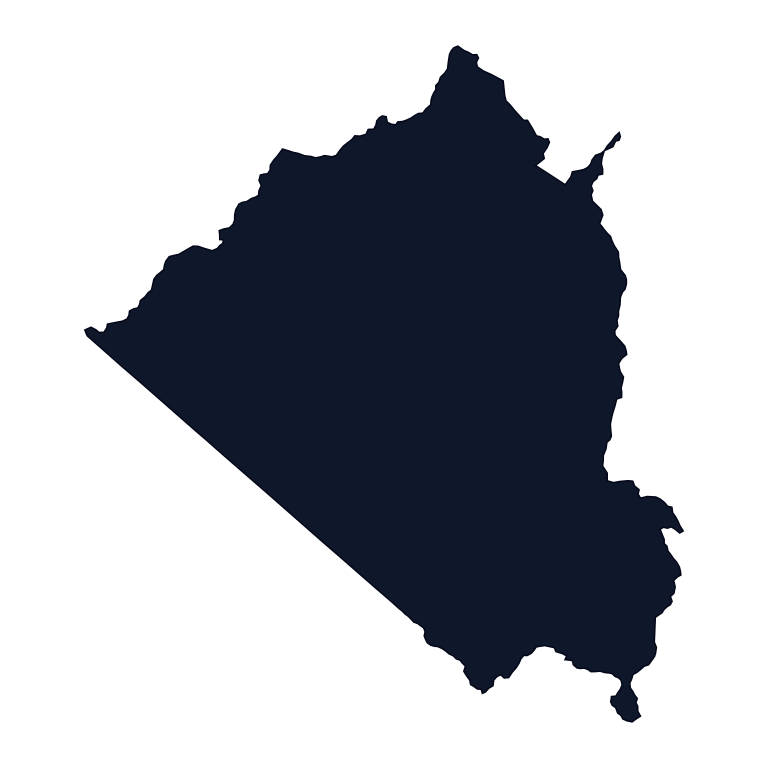 Aceguá, Rio Grande do Sul, Brazil (orthographic projection)
{"feature_id": "56859067B24209347945179", "entity_name": "Aceguá", "entity_type": "district", "adm_level": 2, "iso_a3": "BRA", "parent_name": "Brazil", "parent_adm1": "Rio Grande do Sul", "projection": "orthographic", "projection_center": [-54.091, -31.693], "detail": "fine", "context": "isolated", "style": "filled", "palette": "ink", "viewbox_px": 768, "rotation_deg": 0, "n_neighbors": 0, "source": "geoboundaries", "source_scale": "gbopen_adm2", "svg_char_len": 5034}
<svg xmlns="http://www.w3.org/2000/svg" viewBox="0 0 768 768"><path d="M604.3,150.7L601.1,153.3L595.5,155.3L592.1,159.9L590.7,164.0L587.5,167.6L583.5,169.6L579.1,170.6L572.4,171.8L570.8,177.0L567.7,181.2L565.2,184.7L535.5,165.4L539.7,162.2L544.3,158.5L543.1,153.5L547.0,147.8L549.4,142.3L548.0,138.8L544.3,139.2L540.4,136.8L536.4,135.8L533.2,129.7L527.5,120.3L523.6,120.3L521.0,117.5L518.3,114.5L515.1,111.0L510.2,105.0L506.0,100.8L504.7,95.4L503.2,80.9L491.1,74.4L483.6,71.1L477.3,66.8L476.4,62.1L478.5,58.1L476.8,54.6L472.5,54.8L468.2,52.2L464.4,50.7L461.3,48.6L457.9,46.1L453.9,47.7L451.4,50.5L449.5,54.4L448.8,58.8L448.2,63.0L447.6,68.8L444.7,73.1L440.4,77.3L438.9,82.3L435.8,85.5L435.8,89.7L433.8,92.8L432.0,96.8L431.0,100.4L430.8,104.7L425.7,109.1L422.9,113.1L418.3,113.5L415.1,115.3L410.7,118.2L406.8,120.0L402.5,121.5L397.8,121.9L395.7,124.9L391.1,124.1L387.3,122.3L386.2,116.7L382.3,115.9L379.4,117.7L376.8,120.8L375.9,125.2L373.7,129.2L368.2,129.4L366.0,134.3L360.0,136.1L354.8,135.8L352.0,139.4L348.0,142.5L343.6,145.9L339.7,150.5L336.4,155.4L331.8,156.8L328.1,156.1L324.2,155.6L321.0,156.8L315.5,157.8L310.7,156.4L304.6,155.8L298.2,153.4L293.3,152.4L289.1,151.0L282.5,149.0L279.9,152.6L277.1,156.3L273.7,160.1L270.3,165.3L270.1,170.2L267.4,173.8L263.4,174.2L260.3,175.1L259.0,180.4L261.3,185.6L259.0,190.6L258.6,195.3L255.1,197.3L251.8,198.3L246.4,201.7L242.4,202.3L239.0,204.0L235.8,209.6L234.7,214.7L234.6,220.1L233.0,224.3L229.3,227.9L224.0,228.9L219.2,230.6L219.7,235.2L219.7,239.6L223.3,239.8L222.8,243.4L219.8,245.5L217.3,248.5L212.2,250.7L204.6,248.5L198.1,246.3L193.1,246.1L188.4,248.8L183.5,251.6L178.9,254.3L174.9,255.2L169.2,256.6L165.8,261.2L164.4,265.3L163.8,269.5L159.6,273.1L156.9,275.2L153.9,279.2L152.7,284.6L151.5,290.1L148.3,292.5L144.9,296.9L140.4,300.5L139.6,304.5L137.7,308.0L133.7,308.8L129.5,311.0L129.0,315.2L127.1,318.9L122.5,321.2L117.9,322.0L112.4,323.1L107.4,324.1L106.8,327.8L103.9,332.3L98.9,332.4L96.1,329.9L91.0,327.2L84.8,330.0L87.1,335.7L120.6,365.3L141.7,383.5L162.1,401.4L169.1,407.6L196.8,431.9L205.5,439.3L215.4,448.1L233.7,464.1L268.6,494.4L302.2,523.9L323.2,542.4L342.2,558.8L358.3,572.9L375.0,587.5L390.9,601.2L399.2,608.7L402.2,611.0L405.2,614.1L408.4,616.4L411.0,619.1L413.8,622.1L417.7,623.5L420.3,625.5L423.7,627.9L425.1,631.8L424.2,635.8L425.6,639.5L427.3,642.8L430.7,645.2L434.2,646.2L437.9,646.6L441.8,648.4L445.5,650.8L449.0,653.8L453.2,655.8L456.3,658.9L460.0,660.1L462.4,663.2L465.4,666.1L463.8,671.3L466.6,675.9L469.8,680.2L470.6,684.6L473.7,686.3L477.3,689.0L481.1,689.2L482.4,693.4L485.3,692.1L489.1,688.0L493.0,685.8L493.7,680.2L496.9,676.6L500.9,674.8L504.1,678.0L508.7,677.6L512.2,672.3L516.2,667.7L519.0,663.3L521.0,658.6L523.9,655.4L527.3,655.5L531.4,653.2L533.9,650.4L536.2,647.0L539.2,646.4L544.8,645.6L550.4,646.8L554.3,647.7L555.9,651.6L562.4,653.6L566.7,655.9L565.0,659.7L569.1,660.1L572.5,660.7L573.3,664.8L577.1,668.0L580.5,668.5L583.9,668.1L587.7,669.4L591.0,671.7L595.2,671.6L600.1,671.2L605.1,672.6L608.5,672.9L612.1,673.6L615.0,676.4L618.5,677.8L621.0,680.1L622.1,684.9L620.3,689.3L617.7,692.9L615.9,696.1L611.5,696.5L610.7,701.9L612.2,705.2L615.7,707.7L617.7,713.1L620.8,715.2L622.9,719.0L626.9,720.8L632.1,721.9L637.2,718.2L640.5,716.2L637.8,711.2L637.7,706.2L635.9,702.7L637.3,698.5L634.5,694.9L632.6,691.1L630.4,688.1L629.8,683.2L631.6,679.1L632.9,674.6L637.0,672.3L640.4,669.6L644.2,666.2L648.6,664.8L651.9,660.2L654.5,656.5L655.6,653.1L656.4,647.3L654.3,642.1L654.8,630.5L655.1,623.0L655.3,617.4L658.7,615.0L662.0,612.8L663.9,609.7L666.7,607.0L670.3,604.7L672.1,601.3L670.4,596.6L673.9,593.3L675.2,587.0L673.7,580.4L677.6,576.8L680.9,575.0L680.4,571.1L679.4,567.0L676.6,562.1L673.3,558.3L671.0,554.9L667.9,550.9L667.0,546.3L664.2,543.5L664.2,539.4L662.3,534.8L660.1,529.3L663.5,527.3L667.4,528.2L671.4,526.9L675.4,529.5L679.7,533.0L683.2,531.0L679.9,525.7L678.0,521.3L675.5,516.7L672.7,512.8L671.9,507.2L667.5,506.2L665.0,503.0L660.1,499.0L655.8,497.0L647.2,496.5L640.5,498.1L638.1,494.1L639.1,489.7L634.5,485.9L632.8,481.2L628.2,480.7L620.3,481.4L613.5,482.6L607.3,480.8L607.2,473.0L602.6,466.0L603.3,460.1L603.3,455.6L606.0,448.8L606.9,442.4L609.8,439.8L611.4,436.2L610.6,428.4L610.4,423.9L611.5,418.3L612.6,413.5L614.8,406.5L616.7,399.0L621.6,397.4L621.7,392.0L621.1,387.9L622.5,382.5L623.5,377.1L620.2,371.5L619.2,367.1L618.6,363.5L621.8,358.4L626.7,354.5L626.1,350.6L624.8,346.2L620.7,341.5L617.4,337.9L615.1,335.3L614.7,330.8L617.8,326.2L617.0,320.2L618.5,316.0L618.5,311.1L620.0,305.0L620.4,297.3L622.5,292.0L625.0,289.2L626.4,284.0L626.4,279.4L625.2,275.4L620.6,269.7L619.6,262.5L618.6,257.3L618.4,252.1L614.2,245.6L611.9,240.6L610.5,236.4L607.4,233.4L604.0,229.4L602.0,226.5L599.6,223.9L602.8,215.1L601.1,209.6L592.5,201.1L591.2,194.7L592.9,190.7L591.2,185.9L593.1,181.5L596.7,178.7L598.1,175.0L602.6,174.1L602.7,169.2L601.3,163.6L602.1,157.9L604.3,150.7ZM604.3,150.7L612.9,146.7L615.6,141.1L619.0,140.3L620.4,136.6L619.2,132.5L615.1,136.3L611.7,141.2L607.5,145.7L604.3,150.7Z" fill="#0f172a" stroke="#020617" stroke-width="1.5"/></svg>